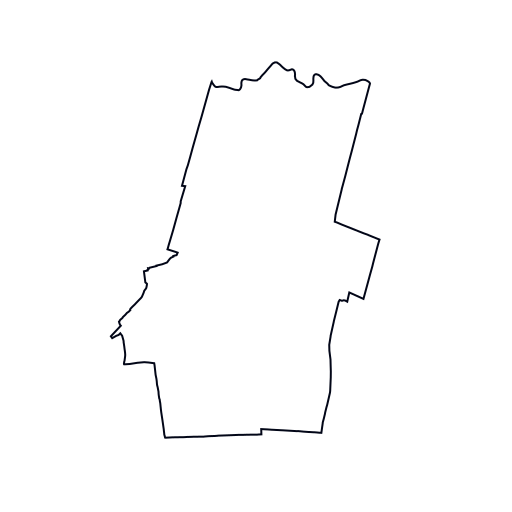 Foltesti, Galati, Romania (orthographic projection), rotated 287°
{"feature_id": "2599482B44549588747866", "entity_name": "Foltesti", "entity_type": "district", "adm_level": 2, "iso_a3": "ROU", "parent_name": "Romania", "parent_adm1": "Galati", "projection": "orthographic", "projection_center": [28.087, 45.725], "detail": "fine", "context": "isolated", "style": "outline", "palette": "ink", "viewbox_px": 512, "rotation_deg": 287, "n_neighbors": 0, "source": "geoboundaries", "source_scale": "gbopen_adm2", "svg_char_len": 5119}
<svg xmlns="http://www.w3.org/2000/svg" viewBox="0 0 512 512"><g transform="rotate(287 256 256)"><path d="M409.8,162.7L409.4,162.6L408.7,162.6L401.6,162.5L373.1,163.2L363.2,163.3L355.3,163.5L341.0,163.8L331.3,164.1L322.8,164.3L318.7,164.1L301.5,164.7L302.1,167.9L286.3,168.0L284.5,168.5L280.8,168.6L275.9,168.7L270.5,168.8L256.4,169.2L256.2,169.2L244.6,169.3L242.3,169.3L241.7,169.3L238.1,169.4L236.5,169.4L236.4,177.4L236.3,180.1L235.3,180.0L233.6,179.8L233.5,179.7L232.6,178.0L231.8,176.9L231.3,177.2L229.5,175.2L228.1,174.4L225.7,173.5L223.9,172.9L223.3,172.2L220.6,168.6L217.7,163.6L217.3,163.8L214.1,158.4L213.7,157.7L213.4,157.6L212.6,156.5L212.6,156.4L212.4,156.5L212.0,156.9L211.9,157.0L211.1,156.3L210.5,156.6L209.8,155.5L209.2,154.3L208.6,153.3L198.4,157.9L197.6,159.8L196.6,160.1L194.8,160.3L193.3,160.4L192.4,160.2L191.7,159.9L191.2,159.7L190.0,159.3L188.2,159.3L186.1,159.1L183.6,158.8L183.0,158.6L181.8,158.1L181.3,157.8L175.6,154.9L174.3,154.3L171.3,152.6L168.9,151.4L168.5,151.3L167.4,151.3L167.3,151.5L166.1,150.9L165.3,150.4L164.2,149.5L163.8,149.2L161.5,148.2L160.3,147.5L159.1,146.8L158.9,146.7L158.6,146.6L158.4,146.5L158.1,146.5L157.2,146.1L156.8,145.8L155.4,144.9L154.5,144.6L153.9,144.5L153.4,144.5L153.3,144.4L153.1,144.2L152.9,144.3L152.1,144.8L150.9,145.7L150.4,146.2L149.8,147.1L136.8,140.7L135.4,142.5L138.8,145.7L139.2,146.2L140.3,147.7L142.4,148.8L141.8,149.6L140.6,151.3L136.4,154.0L135.6,154.4L135.1,154.5L132.8,155.6L130.9,156.5L129.3,157.2L128.2,157.7L127.4,158.1L125.6,158.9L125.4,159.0L123.6,159.7L122.2,160.1L119.8,160.5L117.4,160.9L116.3,160.9L114.4,161.2L113.9,161.5L114.0,162.0L115.8,166.8L119.2,173.8L121.8,180.2L122.7,184.2L123.3,187.7L123.7,190.0L121.7,191.0L113.8,194.4L112.9,194.8L110.7,196.0L109.4,196.7L107.2,197.7L105.4,198.4L104.2,198.9L103.4,199.3L101.8,200.3L99.3,201.6L99.1,201.7L97.8,202.4L95.6,203.2L93.8,204.0L93.2,204.3L91.7,205.0L90.5,205.9L89.1,206.5L87.2,207.5L86.0,208.0L83.6,209.0L83.4,209.1L81.7,209.8L78.8,211.1L71.5,214.6L67.0,216.7L65.3,217.5L63.6,218.3L62.7,218.7L61.7,219.1L59.9,219.9L58.2,220.6L57.7,221.0L55.7,222.2L55.7,222.3L55.9,222.8L56.0,223.2L57.6,227.6L58.2,229.2L59.7,233.9L60.4,236.0L61.0,238.0L61.8,240.4L62.8,243.0L64.0,246.6L65.0,249.4L67.9,258.7L68.2,259.3L69.7,263.0L71.0,266.7L71.7,268.9L72.9,271.9L73.0,272.0L73.3,272.8L74.7,276.9L77.4,284.7L78.6,288.1L79.8,291.5L81.3,296.4L81.4,296.6L81.6,297.1L83.1,301.7L84.7,306.7L85.4,309.1L86.1,310.8L87.0,313.3L92.0,311.6L93.6,318.0L94.2,320.7L94.2,320.8L96.4,329.6L97.3,333.2L100.4,346.1L100.6,346.7L100.9,347.5L101.0,348.1L101.2,349.0L101.9,352.6L103.1,357.9L103.2,358.4L103.3,358.5L104.0,361.5L104.6,363.8L105.1,366.1L105.5,368.2L105.8,369.3L106.0,370.2L112.9,369.1L113.0,369.1L115.5,368.7L116.4,368.5L120.0,368.4L125.1,368.1L126.6,367.9L132.2,367.6L134.3,367.6L146.9,366.7L148.6,366.4L161.7,363.0L167.5,361.3L173.1,359.4L178.8,357.5L186.8,353.9L192.5,352.0L200.6,350.9L201.5,350.7L215.8,349.6L216.4,349.5L226.0,349.0L236.4,348.4L238.4,348.9L238.3,351.3L239.3,352.8L239.5,354.2L239.0,356.6L241.4,356.4L248.4,355.9L246.4,371.3L258.9,370.9L268.5,370.6L271.2,370.5L279.9,370.3L283.2,370.1L288.0,369.9L300.8,369.4L304.0,369.3L307.8,369.3L308.5,361.4L308.9,357.1L309.0,356.8L309.2,352.3L311.1,329.1L311.7,323.7L311.8,321.3L318.9,320.0L344.8,318.5L345.2,318.4L349.3,318.3L358.5,318.0L371.1,317.4L378.0,317.1L383.9,316.9L397.2,316.3L401.7,316.1L406.2,315.8L410.0,315.7L412.5,315.6L422.6,315.1L423.0,315.7L424.4,315.7L426.2,315.6L450.6,314.7L454.2,314.6L454.9,314.0L455.2,313.6L455.5,312.9L455.8,312.0L456.2,310.0L456.3,309.0L455.8,306.6L455.1,305.3L454.5,304.4L452.5,302.2L451.3,300.5L449.7,298.1L448.1,295.4L446.6,292.8L445.5,291.0L445.0,290.2L443.7,288.7L442.4,287.3L441.2,285.4L440.5,283.6L440.2,282.6L440.1,279.6L440.3,277.5L440.6,275.6L441.7,274.0L442.1,273.1L443.3,270.3L444.5,268.6L445.5,267.1L446.6,265.3L447.3,263.5L447.5,262.6L447.5,260.6L447.1,259.6L446.2,258.9L445.4,258.6L444.3,258.6L442.3,259.0L440.5,259.6L438.4,260.1L436.4,259.8L433.8,258.0L433.2,257.4L432.4,255.6L432.3,254.7L432.7,253.7L434.1,251.2L434.6,249.3L434.9,247.3L435.3,245.3L435.4,244.3L436.7,242.1L437.6,241.5L438.6,241.1L439.4,240.6L440.6,240.4L442.4,239.7L443.2,239.3L444.1,238.6L444.7,237.9L445.1,236.9L445.1,235.8L443.4,233.5L442.9,232.6L442.6,231.6L442.8,230.6L443.0,229.5L443.3,228.7L444.0,226.9L444.9,225.0L445.9,223.2L446.6,221.3L446.9,220.3L447.2,219.4L446.7,217.5L445.2,215.9L444.4,215.4L443.5,215.0L441.6,214.2L439.9,213.4L437.4,212.3L435.7,211.6L434.1,210.9L432.3,210.0L430.8,209.2L428.2,208.1L427.2,208.0L426.5,207.4L425.1,206.1L424.3,205.7L423.9,204.7L423.6,203.8L423.1,202.0L422.8,200.0L422.6,198.1L422.3,196.1L422.1,194.1L421.8,193.2L421.3,192.4L420.7,191.8L419.9,191.3L418.9,191.2L417.2,191.4L415.8,191.9L414.9,192.2L412.8,192.4L410.9,192.0L410.2,191.6L409.5,191.0L409.3,189.6L408.9,187.6L408.8,186.5L408.9,183.7L409.0,181.6L409.0,179.6L409.0,177.7L408.8,176.7L408.4,174.8L408.1,173.8L407.8,173.0L407.6,172.5L407.3,171.7L406.5,170.1L406.0,168.6L406.0,167.7L406.3,167.0L406.7,166.3L407.7,164.9L409.0,163.3L409.3,163.0L409.5,162.9L409.8,162.7Z" fill="none" stroke="#020617" stroke-width="2"/></g></svg>